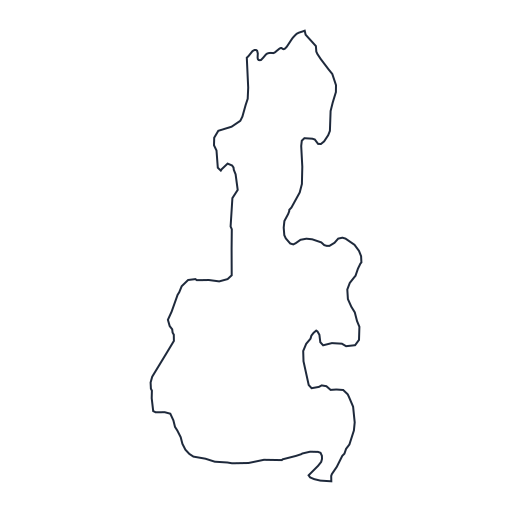 the district of San Raimundo, Guatemala
{"feature_id": "79465075B35150348928705", "entity_name": "San Raimundo", "entity_type": "district", "adm_level": 2, "iso_a3": "GTM", "parent_name": "Guatemala", "parent_adm1": "", "projection": "equal_earth", "projection_center": [-90.553, 14.796], "detail": "fine", "context": "isolated", "style": "outline", "palette": "slate", "viewbox_px": 512, "rotation_deg": 0, "n_neighbors": 0, "source": "geoboundaries", "source_scale": "gbopen_adm2", "svg_char_len": 2819}
<svg xmlns="http://www.w3.org/2000/svg" viewBox="0 0 512 512"><path d="M359.3,265.9L360.4,263.6L361.4,262.4L361.1,256.2L359.0,250.9L354.5,244.8L345.5,238.6L342.4,237.7L338.2,238.6L334.5,242.8L329.4,245.9L326.8,245.9L324.2,245.1L321.3,242.4L312.2,239.3L306.4,238.7L300.5,239.8L295.7,243.2L293.3,244.4L290.2,243.5L285.8,238.4L284.3,235.2L283.7,227.6L284.4,221.0L288.1,214.1L289.2,211.3L289.3,209.8L291.4,207.6L299.7,192.5L301.9,184.0L302.3,166.8L301.2,146.0L301.8,140.7L304.4,138.2L312.3,138.7L314.8,139.5L318.1,143.9L320.9,144.0L324.1,141.4L328.2,135.2L329.9,130.9L330.6,111.0L332.7,102.6L335.9,92.1L336.0,85.2L332.3,74.0L328.5,69.3L320.7,59.0L317.4,54.0L316.3,51.6L315.9,46.1L305.6,34.7L304.7,30.7L302.5,31.5L301.2,31.9L300.0,32.3L298.8,32.7L296.8,33.7L295.9,34.5L294.9,35.5L293.4,37.1L292.7,37.9L291.9,39.0L291.1,40.2L286.8,46.7L285.0,48.6L283.7,49.2L282.7,48.9L281.5,48.0L280.4,48.1L279.1,48.9L277.9,49.9L276.4,51.1L275.2,52.2L273.5,53.1L272.1,53.0L270.6,52.9L269.3,53.0L268.3,53.2L267.1,53.6L265.9,54.5L263.2,57.7L261.0,60.0L259.8,60.2L258.6,60.0L257.9,59.2L257.6,57.8L257.7,55.3L257.8,53.4L257.1,50.7L256.0,50.0L254.5,50.0L252.5,51.1L251.7,52.1L248.9,55.6L248.1,56.5L246.8,57.7L248.2,87.7L247.7,98.8L245.7,104.8L242.4,116.6L240.3,120.8L231.6,126.7L218.3,130.8L214.2,137.7L214.0,145.3L216.5,150.5L217.8,167.7L220.8,170.6L221.8,169.1L227.6,163.6L232.1,165.5L233.5,167.5L233.8,169.8L235.6,174.3L237.7,189.9L232.4,198.1L230.6,226.5L231.8,229.3L231.6,248.4L231.7,275.3L227.6,279.1L224.3,280.0L219.2,281.4L208.8,280.0L203.0,280.1L196.7,280.1L195.4,279.1L188.1,280.0L181.7,286.2L179.2,292.3L177.6,294.8L176.8,297.1L171.6,311.7L167.9,319.8L169.7,326.1L172.2,329.3L172.6,332.6L173.8,334.7L173.9,340.9L167.1,352.2L152.2,376.7L150.6,382.5L150.9,388.7L151.9,390.6L151.7,398.2L153.2,411.1L155.7,412.3L164.7,412.2L170.3,413.7L173.4,420.4L175.0,426.9L177.3,430.5L180.7,437.2L182.4,443.8L185.4,449.7L189.3,453.9L193.4,456.6L205.4,458.7L214.8,461.7L227.4,462.5L232.1,463.3L248.5,463.0L263.9,459.8L281.8,460.1L282.7,459.3L296.0,455.9L301.2,454.2L302.3,453.5L310.1,451.7L318.0,451.9L320.5,452.8L321.9,455.8L322.0,458.9L321.2,461.9L318.1,465.8L308.6,475.3L310.1,477.4L314.1,479.1L320.3,480.6L331.3,481.3L331.2,475.9L331.9,474.0L336.8,466.8L342.3,455.8L344.4,453.7L346.1,448.8L349.4,444.5L353.9,430.5L354.7,422.4L353.1,406.7L348.9,396.8L347.7,394.3L343.2,390.0L336.4,389.5L330.6,389.9L326.4,386.2L321.7,385.4L318.9,386.9L311.6,388.2L308.7,385.0L303.5,361.3L303.2,351.0L306.2,343.8L310.5,338.7L311.4,335.6L313.6,332.8L316.2,330.6L317.5,331.5L319.4,334.8L320.3,342.2L323.1,345.3L331.9,343.1L341.9,343.7L346.1,346.2L355.1,345.2L359.0,339.9L359.4,326.8L357.0,321.0L354.8,312.4L351.3,306.7L347.9,299.1L347.3,289.5L349.8,282.9L354.3,277.2L355.5,275.8L357.9,268.8L358.7,267.1L359.3,265.9Z" fill="none" stroke="#1e293b" stroke-width="2"/></svg>